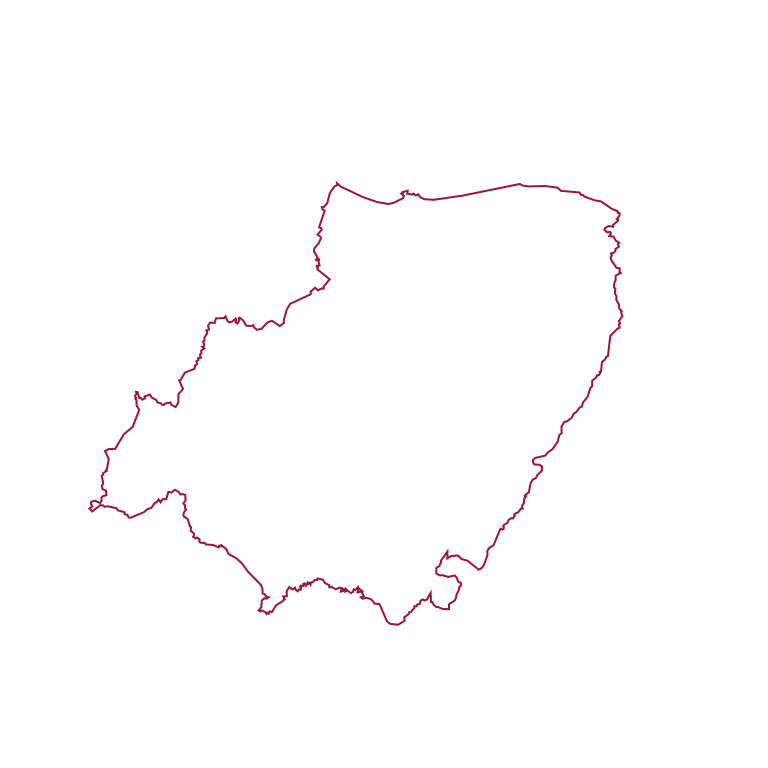 the district of Cabo Corrientes, Jalisco, Mexico, rotated 128°
{"feature_id": "50627088B86222630376242", "entity_name": "Cabo Corrientes", "entity_type": "district", "adm_level": 2, "iso_a3": "MEX", "parent_name": "Mexico", "parent_adm1": "Jalisco", "projection": "albers", "projection_center": [-105.39, 20.333], "detail": "fine", "context": "isolated", "style": "outline", "palette": "rose", "viewbox_px": 768, "rotation_deg": 128, "n_neighbors": 0, "source": "geoboundaries", "source_scale": "gbopen_adm2", "svg_char_len": 6166}
<svg xmlns="http://www.w3.org/2000/svg" viewBox="0 0 768 768"><g transform="rotate(128 384 384)"><path d="M472.0,195.0L468.5,193.6L464.7,193.9L454.7,197.3L452.4,199.6L448.9,200.2L443.6,198.4L427.0,203.0L426.1,202.8L425.9,201.1L424.4,200.6L423.1,201.2L422.9,202.4L421.0,202.8L417.3,201.2L414.1,202.2L410.9,200.8L410.6,199.6L407.4,199.8L407.2,200.9L405.8,201.1L402.2,199.2L398.0,199.5L396.8,198.0L395.0,200.3L392.0,200.3L388.2,202.9L385.7,202.9L386.2,203.4L385.2,204.5L380.2,203.2L372.1,207.3L367.7,208.0L364.6,206.4L361.4,207.1L355.1,206.2L351.7,208.7L352.0,212.0L354.8,215.9L353.8,218.5L352.1,219.8L349.0,219.2L341.1,212.8L336.2,212.6L331.8,211.1L322.5,211.6L316.4,214.4L313.5,213.7L308.1,218.0L302.9,218.6L301.4,217.1L295.2,215.3L290.3,216.2L287.7,215.2L282.4,215.4L280.1,214.2L276.1,215.8L268.5,215.7L259.8,219.1L257.8,218.5L253.4,221.9L248.2,220.8L245.9,221.4L244.5,220.1L241.6,220.5L241.5,221.5L240.3,220.8L232.5,225.7L228.2,224.8L226.2,225.6L224.2,224.7L206.8,235.3L196.9,234.1L194.6,232.9L192.5,235.6L190.7,235.3L189.7,237.7L183.7,237.9L181.5,241.4L180.3,241.4L179.7,245.1L176.6,247.9L174.6,252.9L171.9,254.6L170.5,257.7L166.4,260.5L166.3,262.0L163.3,264.5L159.7,265.3L156.0,268.2L150.8,265.8L150.9,267.3L147.7,269.4L149.3,272.4L146.6,280.8L144.6,283.3L142.5,283.5L141.5,285.6L139.6,284.0L136.8,283.5L135.1,284.7L131.4,283.4L129.8,285.7L127.9,285.6L128.3,289.6L126.6,294.1L128.8,297.6L125.6,297.9L125.0,299.4L127.2,301.7L126.8,305.2L125.1,305.8L121.2,304.3L119.1,300.3L117.7,301.4L111.7,300.2L110.3,300.6L110.7,302.1L106.8,302.0L104.4,303.2L105.2,305.3L103.9,306.3L105.7,312.1L106.5,325.4L109.4,330.8L112.9,341.3L112.7,343.9L113.8,345.5L112.6,347.7L122.8,363.4L122.5,368.2L128.5,378.5L139.5,392.0L142.2,396.7L142.7,400.1L186.3,437.3L208.1,458.1L213.5,465.9L214.4,470.0L213.5,474.0L215.8,475.0L215.8,478.0L217.0,478.0L219.8,482.8L217.1,484.4L221.6,487.6L222.0,486.9L223.3,487.6L223.5,484.2L225.9,483.4L235.3,487.9L239.4,491.3L244.8,501.2L249.8,516.1L255.1,539.9L254.7,544.6L255.9,543.3L258.9,544.7L266.7,544.3L276.6,540.0L281.6,540.4L282.9,541.9L284.3,539.9L283.9,537.5L300.6,531.6L299.8,529.8L300.5,528.1L307.2,528.4L307.1,524.7L308.2,523.3L313.5,522.1L319.8,522.4L322.3,521.3L325.4,513.9L328.1,514.2L328.1,513.2L326.0,511.8L328.4,510.4L330.1,507.8L332.3,509.7L333.0,509.4L332.4,508.1L334.7,507.1L334.9,491.2L344.2,491.6L346.0,490.2L347.0,492.0L350.9,493.8L350.5,497.6L356.3,498.6L358.4,497.0L378.6,507.3L385.2,506.5L395.7,502.1L397.3,500.4L402.5,501.7L403.2,511.3L407.3,513.8L416.1,514.5L419.5,517.6L419.4,521.6L418.1,523.2L420.5,524.7L422.9,528.6L420.7,533.8L420.5,538.6L421.5,539.0L423.0,537.2L426.4,536.6L426.6,539.2L424.5,539.8L423.7,541.2L428.4,542.1L430.8,544.0L430.7,546.1L428.2,550.5L430.4,550.5L435.8,556.8L440.1,555.0L442.7,558.8L446.1,558.7L448.8,555.5L451.2,556.9L451.5,555.5L452.9,554.7L458.2,553.9L460.3,552.2L462.0,552.7L463.6,549.9L465.2,549.3L466.5,550.2L466.5,547.6L470.3,548.6L472.4,546.6L473.6,547.3L475.0,546.3L476.0,544.4L478.1,546.4L479.3,545.0L481.4,545.9L483.4,543.6L485.9,544.3L488.5,542.6L497.6,547.9L506.1,546.7L507.3,547.6L511.7,539.3L518.8,539.7L525.2,534.6L530.5,534.0L531.3,538.7L530.0,540.8L534.0,544.5L536.0,544.5L537.0,546.2L536.6,548.0L538.0,551.3L536.9,553.1L537.6,559.0L536.5,561.9L540.6,564.7L541.5,564.9L542.3,563.5L545.2,564.8L544.7,567.1L545.7,568.1L542.1,573.4L542.8,574.4L543.7,573.0L546.7,572.9L547.6,570.7L548.8,570.9L549.2,569.0L553.2,565.8L555.0,561.0L572.7,555.6L583.7,558.1L600.6,555.9L604.7,560.8L608.6,562.6L612.5,554.8L621.8,549.9L623.3,550.0L623.4,549.0L626.9,550.5L628.3,549.6L630.0,550.1L634.2,545.1L635.8,543.8L637.8,543.9L640.1,541.1L639.3,537.3L642.6,534.3L645.5,536.5L647.4,536.8L649.7,534.7L652.6,534.5L653.9,539.9L656.9,542.1L658.9,541.4L660.0,538.4L663.5,539.5L664.1,535.5L654.0,532.9L652.6,530.5L652.9,528.6L650.6,526.7L646.6,518.3L647.4,515.9L644.8,509.5L646.3,508.2L645.1,505.7L646.4,503.2L645.6,501.5L632.7,494.2L628.7,493.6L624.6,491.0L618.9,491.5L617.4,490.4L613.7,490.5L614.8,487.2L611.0,487.5L608.9,484.6L601.7,487.5L600.4,484.7L596.1,483.6L595.4,479.0L596.5,476.5L595.0,475.3L593.8,472.3L597.9,468.7L601.7,468.5L601.9,466.5L604.5,464.1L604.6,462.6L608.5,462.6L610.7,461.5L611.6,460.0L611.3,455.6L615.8,449.0L615.6,447.9L618.6,446.0L618.8,442.1L619.9,440.6L621.9,440.4L621.8,437.6L620.1,436.7L620.0,433.6L621.7,432.7L622.1,431.2L619.6,427.0L620.2,425.7L616.1,419.6L614.6,413.8L613.0,414.3L611.1,413.0L611.9,412.3L611.2,411.6L611.1,406.7L613.7,401.9L612.2,393.1L612.8,385.6L615.6,375.9L618.1,357.2L620.2,353.7L623.9,350.6L623.1,349.0L624.0,345.3L623.2,343.7L625.6,344.5L626.6,346.4L629.8,347.0L635.4,343.3L639.7,343.4L639.4,341.6L637.7,341.0L636.8,337.2L637.6,335.1L636.2,335.1L636.1,333.4L633.7,334.2L632.8,331.9L624.9,332.8L616.3,329.8L615.1,330.6L614.6,330.0L613.5,332.6L611.0,329.9L607.4,333.1L602.4,333.6L602.3,329.7L599.3,328.6L600.4,327.2L600.5,324.4L598.3,324.6L597.3,323.0L595.5,324.0L595.6,325.3L594.0,325.4L592.7,323.0L590.9,324.5L589.9,323.6L590.9,321.3L587.5,321.8L588.1,320.6L586.8,320.4L587.3,318.4L585.5,319.4L583.1,317.9L581.1,318.0L579.9,316.2L578.2,316.7L575.8,311.7L577.2,307.9L576.3,303.2L577.9,301.9L576.2,300.3L575.5,295.7L571.7,293.5L570.6,291.0L570.9,290.1L571.9,291.1L574.1,290.1L571.3,288.2L568.8,288.5L569.0,287.2L570.9,286.5L569.3,285.9L569.2,281.4L566.8,280.4L564.4,281.5L564.1,279.7L559.8,279.5L560.6,278.1L564.4,276.6L561.8,274.1L560.6,275.9L560.6,273.0L562.4,272.2L563.6,269.4L566.3,271.0L566.4,268.6L563.3,266.3L562.0,263.1L561.6,260.8L562.9,256.3L560.2,252.0L569.1,235.7L569.2,231.4L565.0,224.7L558.1,222.0L555.3,224.4L550.2,222.9L548.1,223.6L547.0,222.5L541.7,222.2L540.5,223.3L538.9,221.5L537.6,222.1L535.0,220.4L532.4,221.8L529.8,220.7L529.6,218.8L527.5,217.4L519.9,218.7L526.8,212.8L526.1,211.2L527.5,208.8L527.4,205.0L526.6,204.5L525.2,199.5L521.5,194.2L517.4,197.2L511.2,194.9L507.2,195.9L505.6,197.2L499.8,198.2L497.6,199.8L495.8,199.2L494.2,200.2L493.3,201.3L494.1,202.6L493.7,204.7L492.0,206.9L491.3,210.4L496.6,214.8L498.7,220.3L500.5,222.2L501.0,226.2L496.8,229.5L493.6,228.4L489.6,229.2L488.6,230.3L477.0,230.9L482.4,226.7L478.5,225.4L473.5,220.1L474.2,215.2L471.8,209.4L472.0,195.0Z" fill="none" stroke="#9f1239" stroke-width="2"/></g></svg>